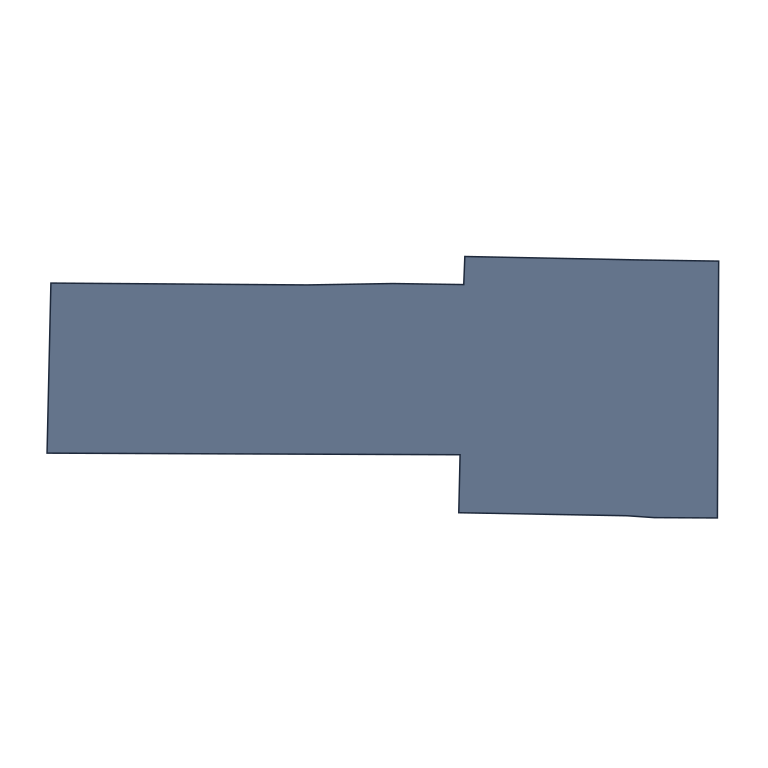 outline of Mille Lacs, Minnesota, United States of America, rotated 91°
{"feature_id": "52423323B96230110326853", "entity_name": "Mille Lacs", "entity_type": "district", "adm_level": 2, "iso_a3": "USA", "parent_name": "United States of America", "parent_adm1": "Minnesota", "projection": "orthographic", "projection_center": [-93.624, 45.903], "detail": "fine", "context": "isolated", "style": "filled", "palette": "slate", "viewbox_px": 768, "rotation_deg": 91, "n_neighbors": 0, "source": "geoboundaries", "source_scale": "gbopen_adm2", "svg_char_len": 359}
<svg xmlns="http://www.w3.org/2000/svg" viewBox="0 0 768 768"><g transform="rotate(91 384 384)"><path d="M511.5,138.5L512.9,111.4L512.1,48.3L265.2,51.4L255.3,51.5L255.5,136.0L255.1,305.4L283.2,306.0L283.4,377.1L286.3,462.6L288.9,718.8L459.0,719.7L456.7,548.3L453.4,306.7L511.4,307.0L511.5,138.5Z" fill="#64748b" stroke="#1e293b" stroke-width="1.5"/></g></svg>